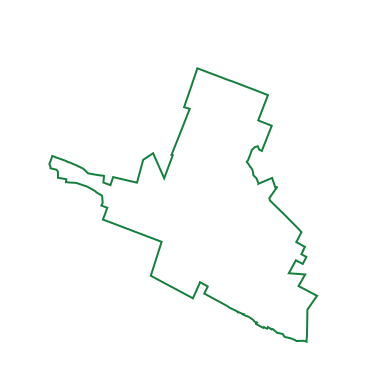 outline of Segarcea, Dolj, Romania, rotated 193°
{"feature_id": "2599482B73363688740019", "entity_name": "Segarcea", "entity_type": "district", "adm_level": 2, "iso_a3": "ROU", "parent_name": "Romania", "parent_adm1": "Dolj", "projection": "albers", "projection_center": [23.75, 44.087], "detail": "fine", "context": "isolated", "style": "outline", "palette": "green", "viewbox_px": 384, "rotation_deg": 193, "n_neighbors": 0, "source": "geoboundaries", "source_scale": "gbopen_adm2", "svg_char_len": 2068}
<svg xmlns="http://www.w3.org/2000/svg" viewBox="0 0 384 384"><g transform="rotate(193 192 192)"><path d="M214.6,313.7L216.6,293.5L218.8,272.9L212.9,272.5L216.6,247.7L220.3,223.6L219.0,223.5L222.2,199.1L238.6,221.0L246.8,212.4L247.7,188.7L272.2,188.8L273.0,180.3L280.5,181.3L281.3,187.9L281.5,188.0L285.5,187.5L291.3,187.1L297.5,186.8L301.1,189.0L303.3,190.3L306.5,191.0L307.9,191.4L308.7,191.4L310.5,192.0L314.0,192.5L316.8,193.1L318.2,193.3L319.5,193.2L321.7,193.9L325.8,194.4L329.4,194.8L333.2,195.1L333.9,195.5L336.3,195.6L336.5,192.6L336.9,189.6L337.3,187.2L335.6,184.9L335.3,183.3L328.9,183.2L327.2,181.6L325.8,175.7L317.3,176.2L317.0,173.2L316.1,173.5L315.5,173.5L314.7,173.5L306.4,174.9L305.9,174.7L295.5,173.7L288.4,171.7L286.6,171.1L284.9,170.1L278.8,168.2L278.7,168.1L276.6,161.3L277.2,158.4L271.0,157.6L272.0,149.1L272.1,148.9L272.6,145.1L268.8,144.6L210.4,136.6L213.3,101.1L167.4,88.7L167.2,88.6L165.5,97.2L164.1,104.2L163.9,105.9L155.5,103.6L155.4,103.4L157.2,95.8L131.3,88.6L129.7,87.8L119.7,85.5L119.8,85.2L119.4,85.3L115.0,84.6L114.6,84.6L114.9,84.2L113.8,83.9L109.6,83.2L108.6,83.1L103.7,81.2L102.6,80.3L102.0,79.9L100.8,79.3L100.0,79.6L99.4,79.4L99.9,78.8L100.1,78.1L100.0,77.8L96.7,77.0L95.5,76.5L92.5,75.8L91.8,75.7L91.5,76.6L89.1,75.8L87.9,75.9L87.6,77.5L83.4,76.0L83.1,76.5L82.3,76.5L79.1,74.9L77.4,73.9L71.8,74.1L69.4,71.9L68.8,71.6L63.3,71.7L58.8,71.0L56.7,70.3L49.4,72.2L46.7,71.9L47.0,72.7L47.6,77.4L48.6,82.4L53.1,103.4L46.8,119.0L67.0,124.3L63.2,137.1L79.4,134.6L75.4,148.8L67.9,146.8L65.9,154.4L71.4,156.0L70.4,160.0L70.7,160.0L69.6,163.9L79.1,166.6L76.3,177.5L79.6,179.8L95.7,190.0L114.2,201.3L115.3,203.3L110.3,215.7L110.5,215.9L111.8,215.1L117.1,223.7L129.1,215.0L129.1,215.3L132.5,220.1L134.1,220.9L136.0,222.2L136.8,224.6L138.2,227.2L139.8,228.9L141.2,229.8L142.5,231.3L145.4,233.7L144.6,235.5L143.8,240.7L143.1,246.5L141.4,249.1L140.6,250.1L138.2,251.4L136.2,248.5L133.2,247.7L130.6,265.3L129.2,274.5L143.6,276.6L139.8,303.5L163.7,306.9L178.9,309.0L180.6,309.1L214.6,313.7Z" fill="none" stroke="#15803d" stroke-width="2"/></g></svg>